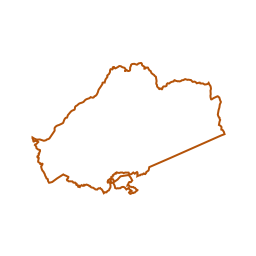 the district of Gualaca, Chiriquí, Panama, rotated 66°
{"feature_id": "35544464B22441081783437", "entity_name": "Gualaca", "entity_type": "district", "adm_level": 2, "iso_a3": "PAN", "parent_name": "Panama", "parent_adm1": "Chiriquí", "projection": "albers", "projection_center": [-82.239, 8.607], "detail": "fine", "context": "isolated", "style": "outline", "palette": "amber", "viewbox_px": 256, "rotation_deg": 66, "n_neighbors": 0, "source": "geoboundaries", "source_scale": "gbopen_adm2", "svg_char_len": 5902}
<svg xmlns="http://www.w3.org/2000/svg" viewBox="0 0 256 256"><g transform="rotate(66 128 128)"><path d="M68.4,121.2L69.4,121.6L69.8,122.0L70.9,123.3L71.6,125.6L72.1,125.9L72.7,125.9L73.0,126.1L74.5,128.8L76.9,130.8L76.7,131.0L76.7,131.5L76.3,132.2L76.4,132.9L77.6,133.7L79.6,136.8L80.7,138.7L81.4,139.6L83.2,141.1L84.8,143.0L85.5,144.7L85.4,145.7L86.0,146.7L86.1,147.3L85.9,148.0L84.6,149.6L85.1,151.0L84.8,154.1L84.9,155.1L85.1,155.9L86.1,158.1L86.1,159.7L85.8,162.4L86.1,163.7L86.6,165.1L86.8,166.9L87.3,167.8L89.0,168.9L89.4,169.3L89.5,169.9L89.4,171.7L89.6,173.0L90.0,174.0L91.8,177.7L93.7,179.4L93.4,180.8L93.9,182.0L94.8,183.1L96.7,184.9L97.0,185.4L97.1,186.2L97.2,189.6L97.0,191.7L97.2,193.1L97.6,194.1L98.0,194.8L98.4,195.2L100.4,196.0L100.9,196.5L105.6,204.1L105.7,205.4L105.5,206.7L105.8,207.9L105.6,209.3L105.4,210.1L102.6,213.2L101.5,216.1L99.7,217.8L97.8,219.1L98.4,219.4L100.2,219.4L101.3,219.8L101.9,219.8L102.1,219.6L102.0,218.3L102.3,217.3L103.5,216.0L104.3,215.7L105.2,217.9L105.4,218.8L105.4,219.7L104.9,220.3L106.3,219.7L107.9,219.4L108.9,219.8L109.3,219.8L111.3,218.7L111.8,217.9L112.4,217.4L113.4,217.8L113.8,218.2L114.3,219.0L114.9,219.3L115.1,220.1L115.8,220.4L116.0,220.2L116.4,220.5L116.9,221.1L116.9,222.0L117.4,222.5L117.8,222.6L118.3,222.5L118.7,221.8L119.1,221.7L121.6,223.5L122.3,223.8L122.8,223.7L124.1,222.7L125.2,222.8L125.4,222.4L125.7,222.2L125.4,221.8L125.8,221.4L125.8,220.8L126.0,220.7L126.6,221.1L126.7,221.6L127.3,222.0L127.6,222.7L128.0,223.1L130.4,223.5L132.1,223.5L133.4,223.0L134.5,223.0L135.7,222.8L137.7,223.0L139.1,223.0L139.7,222.8L140.9,223.0L142.1,222.1L143.8,222.6L145.9,222.4L146.1,221.8L146.5,219.2L145.2,213.3L144.1,206.0L144.9,205.5L147.0,203.5L147.6,203.2L148.3,202.4L149.0,202.7L149.5,203.3L149.9,204.0L150.1,204.7L151.1,204.9L152.0,204.1L152.6,203.9L153.0,202.9L154.2,200.5L155.7,200.1L156.3,198.6L157.1,198.5L157.6,197.8L158.0,197.6L158.4,197.7L158.7,198.3L159.0,198.3L159.8,197.5L160.5,196.5L160.8,196.6L161.4,197.4L161.6,197.3L161.7,197.1L161.2,196.6L162.2,196.3L162.4,196.1L161.4,194.9L161.6,194.2L161.4,193.5L162.2,193.1L162.3,192.7L162.6,192.5L162.6,192.2L162.3,191.8L162.2,191.6L162.8,191.5L162.9,191.2L162.7,191.0L162.3,191.0L162.3,190.8L162.8,189.6L162.9,188.7L163.7,188.1L164.2,187.4L164.8,187.2L165.0,186.9L165.5,186.8L165.6,186.3L167.0,185.9L167.8,185.1L168.5,184.0L169.3,183.7L169.6,183.3L170.8,182.8L171.7,181.2L171.1,179.5L171.6,178.5L171.6,177.9L172.1,177.9L173.0,177.1L174.7,176.7L177.7,176.6L177.2,175.1L177.8,174.5L178.0,173.8L177.2,172.4L177.2,170.9L176.4,169.8L176.0,169.6L175.4,168.5L174.8,168.0L173.5,167.4L171.5,166.9L171.4,166.6L171.6,164.0L173.8,163.7L175.4,163.7L177.7,164.1L178.7,163.0L178.8,161.9L179.4,161.0L179.5,160.3L179.9,159.5L179.5,158.4L179.5,157.3L180.1,155.9L181.2,155.1L183.5,154.5L183.1,152.0L183.7,151.7L184.8,151.7L185.5,151.0L187.0,150.3L187.0,152.3L187.3,153.3L187.8,153.3L189.1,152.7L189.2,152.4L189.1,150.6L189.6,149.6L189.5,148.8L189.7,148.0L189.0,146.3L188.8,144.8L188.6,144.6L187.9,145.1L187.0,145.6L185.5,146.0L185.0,146.8L184.1,147.1L183.6,148.6L183.0,149.0L182.5,149.9L181.7,150.5L181.0,150.4L180.7,150.7L180.4,151.2L180.3,151.9L179.8,151.5L179.2,150.5L178.1,149.4L177.9,148.7L178.6,147.6L178.6,147.3L177.9,146.0L177.7,145.5L174.5,145.7L171.2,146.5L169.1,154.5L170.8,158.4L171.6,162.4L171.4,162.6L170.9,162.4L168.9,162.5L168.5,162.7L168.1,164.7L168.5,165.3L169.9,165.4L170.1,167.2L169.7,168.6L169.0,168.6L168.7,167.9L168.0,167.8L167.7,167.6L167.1,164.8L167.3,164.0L166.0,163.2L166.2,162.7L166.2,162.0L165.5,161.5L165.5,161.1L165.0,161.1L164.9,160.9L164.9,160.2L164.6,159.8L164.7,159.4L164.6,158.5L164.7,157.9L164.2,158.0L164.1,157.9L164.0,157.6L164.2,157.2L163.9,156.4L164.1,156.1L164.6,155.8L165.2,154.8L165.6,153.8L165.6,153.1L166.5,151.1L167.4,150.4L167.6,148.6L168.4,147.0L169.0,145.6L171.0,145.5L171.5,143.7L170.8,141.3L172.5,140.4L172.2,139.5L171.8,136.9L172.1,137.4L173.4,137.8L173.9,137.9L174.5,138.6L175.3,138.6L175.8,139.0L175.8,137.7L175.9,136.6L176.1,136.1L175.9,135.8L175.8,134.8L176.3,133.9L176.3,133.4L175.9,132.3L176.2,131.8L176.6,131.8L177.1,131.0L176.4,129.7L175.7,129.2L175.2,126.7L174.7,126.1L172.4,124.5L172.6,102.1L172.7,45.6L172.9,42.3L170.4,42.0L168.3,42.4L167.4,43.4L165.4,42.3L165.0,42.2L163.6,42.6L162.2,43.7L159.4,41.8L158.1,40.5L156.6,40.6L155.9,40.2L154.5,40.7L152.3,40.5L148.5,38.0L146.5,36.2L143.9,34.6L142.2,32.7L141.8,32.5L140.5,32.6L137.2,32.2L136.0,33.0L135.5,33.1L135.4,33.7L135.5,37.7L135.9,39.7L135.8,40.2L135.6,40.4L133.6,40.1L132.1,39.6L130.8,38.7L127.3,37.4L126.6,36.7L125.5,36.1L123.4,35.6L121.1,36.0L119.6,36.0L120.1,37.0L120.1,37.8L119.9,38.9L119.5,40.2L119.0,40.6L117.9,41.3L116.7,43.8L115.8,43.9L115.6,44.2L115.1,47.0L113.9,47.4L112.9,48.1L112.6,48.5L112.4,49.4L112.1,50.2L109.8,51.0L108.3,53.4L108.2,54.1L106.6,55.9L106.6,56.9L106.8,57.7L106.3,59.5L106.6,60.7L106.4,62.0L105.9,62.6L105.6,63.6L105.1,64.1L104.4,65.1L103.3,65.9L103.3,66.4L104.0,67.4L103.7,68.6L103.6,70.7L104.1,72.1L103.7,73.1L103.3,73.4L103.4,74.2L103.8,74.9L104.9,75.4L105.2,75.8L105.2,76.9L104.6,78.3L104.5,78.8L105.1,79.9L106.2,80.8L106.4,81.2L106.2,81.6L105.3,81.9L105.2,83.5L104.9,83.7L104.1,83.5L103.2,84.2L101.9,84.5L100.1,84.0L99.6,84.2L98.8,84.1L97.6,83.4L96.8,82.8L92.5,81.7L91.3,82.4L90.0,82.7L89.0,83.4L87.4,84.2L85.0,84.2L84.1,85.0L83.6,85.0L82.5,85.2L81.0,85.2L80.7,85.6L80.4,86.2L80.4,87.3L80.7,88.2L80.5,88.9L80.1,88.8L78.9,88.0L76.6,89.5L76.0,89.5L74.8,89.2L74.1,89.4L73.7,90.2L73.3,92.2L73.8,93.6L73.7,94.2L71.9,96.2L71.3,98.0L71.3,98.7L71.5,99.4L72.2,99.9L73.7,101.5L75.5,102.3L76.1,102.7L76.3,103.2L76.3,103.8L76.0,104.8L74.6,105.6L74.9,107.1L74.7,107.5L74.4,107.4L74.1,106.6L73.8,106.4L72.9,106.4L71.6,106.7L70.1,108.5L68.8,109.3L68.0,110.4L67.9,111.5L68.2,112.3L68.4,115.3L68.0,115.7L66.6,116.0L66.3,116.7L66.5,117.3L67.6,117.6L68.1,118.4L68.1,118.6L67.4,119.4L67.2,120.0L67.5,120.4L68.4,121.2Z" fill="none" stroke="#b45309" stroke-width="2"/></g></svg>